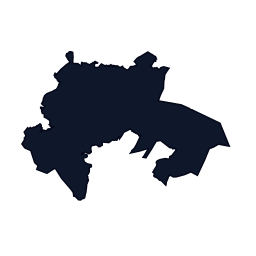 Atenango del Río, Guerrero, Mexico (Albers equal-area conic projection), rotated 8°
{"feature_id": "50627088B76307625874886", "entity_name": "Atenango del Río", "entity_type": "district", "adm_level": 2, "iso_a3": "MEX", "parent_name": "Mexico", "parent_adm1": "Guerrero", "projection": "albers", "projection_center": [-99.114, 18.136], "detail": "fine", "context": "isolated", "style": "filled", "palette": "ink", "viewbox_px": 256, "rotation_deg": 8, "n_neighbors": 0, "source": "geoboundaries", "source_scale": "gbopen_adm2", "svg_char_len": 5662}
<svg xmlns="http://www.w3.org/2000/svg" viewBox="0 0 256 256"><g transform="rotate(8 128 128)"><path d="M43.4,181.7L54.0,184.1L60.2,178.8L61.7,178.1L69.3,187.1L80.2,196.7L82.8,199.5L83.7,202.8L83.7,203.6L84.0,202.9L84.5,202.8L85.8,203.5L89.1,206.0L91.2,205.8L91.5,205.5L92.2,204.6L94.0,203.8L94.4,203.5L94.7,202.7L94.9,201.6L94.8,200.3L95.2,198.0L95.1,191.6L94.9,189.7L95.3,188.3L95.4,187.0L95.8,186.6L95.7,186.0L96.0,185.5L95.4,183.7L94.9,182.8L94.9,181.7L94.2,181.2L94.0,180.5L94.1,180.2L94.9,179.2L95.2,178.6L95.7,176.7L95.4,174.9L95.5,174.5L95.1,172.9L95.9,172.1L96.9,171.7L97.1,170.9L96.9,170.0L96.4,169.4L92.7,169.2L89.7,167.8L89.1,167.0L88.1,164.5L88.5,163.7L90.8,162.9L91.2,162.5L91.6,161.6L91.5,160.9L91.2,160.4L90.2,160.0L87.6,160.0L86.7,159.9L86.3,160.1L86.2,160.7L86.0,160.8L85.8,160.6L85.8,159.6L86.2,159.2L87.9,158.5L88.6,157.9L89.1,157.7L92.6,158.9L93.2,158.7L94.1,158.0L94.8,157.2L95.0,156.7L93.9,153.7L93.9,152.2L94.2,151.5L95.3,149.7L95.8,149.7L96.3,150.0L98.5,149.1L99.4,149.2L100.3,149.5L101.2,150.2L101.3,150.5L103.0,150.3L103.2,149.7L104.9,148.7L104.5,146.0L104.2,145.5L111.1,145.1L114.4,141.9L115.3,142.1L116.7,142.0L117.2,141.4L118.0,141.6L118.7,141.6L119.1,140.1L120.3,138.0L121.1,140.0L122.6,137.2L124.5,132.6L127.2,130.9L129.9,128.9L131.9,129.3L132.5,130.7L133.3,130.5L133.8,130.8L134.0,131.2L135.9,131.6L136.2,131.8L136.2,132.0L136.7,132.0L138.1,132.6L138.3,132.2L138.6,132.0L140.1,134.3L141.1,134.2L142.0,132.6L138.7,143.3L137.0,147.4L135.0,149.7L135.1,150.4L134.0,152.4L143.1,149.0L150.5,145.5L150.6,146.6L148.0,152.9L146.9,154.9L149.9,155.0L154.4,145.2L155.8,141.6L157.8,137.1L162.0,135.8L172.1,141.6L174.6,141.6L175.2,141.9L175.4,142.4L176.9,141.5L177.1,141.9L179.0,142.7L175.3,149.2L173.4,150.5L173.3,152.7L173.1,153.1L172.8,153.2L169.1,153.1L164.2,154.8L161.7,156.3L161.0,157.4L160.8,158.5L161.8,159.0L161.5,162.0L159.7,165.9L158.8,168.3L159.5,168.6L160.3,169.4L160.5,170.6L160.2,171.8L160.9,172.5L164.4,173.5L166.3,175.2L167.8,175.3L169.2,176.1L173.4,179.4L173.5,179.0L173.5,176.0L174.5,172.5L174.9,169.9L175.4,169.8L175.6,169.3L176.1,169.2L176.3,168.8L176.6,169.0L177.2,169.1L179.6,170.1L180.1,170.1L182.9,169.5L190.4,166.3L196.4,162.7L203.3,165.2L208.2,149.2L211.3,137.1L215.2,135.0L219.9,131.4L230.8,131.9L218.4,110.5L189.4,101.3L188.9,101.0L188.0,101.1L187.2,100.9L186.2,100.2L177.5,97.7L154.3,96.9L155.3,91.4L157.6,83.9L156.9,76.6L157.1,74.6L157.0,72.5L157.0,69.9L158.8,65.9L160.3,63.1L155.4,62.5L154.6,62.5L152.0,63.8L150.7,66.1L148.2,64.2L147.2,64.8L146.0,64.7L144.7,65.3L143.8,65.4L143.0,64.4L142.9,64.1L142.1,64.2L141.5,63.2L142.2,63.0L142.6,62.6L142.7,62.2L143.0,61.8L143.4,60.4L144.0,59.6L144.1,58.7L144.5,58.1L144.6,57.6L145.0,57.3L145.7,58.2L146.1,58.0L146.1,57.4L145.7,56.4L146.1,56.1L145.6,55.1L146.3,55.2L145.2,53.4L144.3,53.3L141.4,51.8L139.8,51.3L137.1,50.0L130.6,55.2L130.4,55.6L129.2,56.1L127.7,57.3L127.2,58.0L127.0,58.6L126.7,58.7L125.6,60.3L125.0,61.4L126.2,62.0L127.4,63.6L127.8,64.7L125.2,66.0L123.7,66.6L123.0,66.6L122.4,66.9L121.9,66.9L121.2,68.7L119.6,70.6L117.9,70.5L117.2,69.9L115.9,69.9L115.7,69.8L115.5,69.2L114.7,68.6L114.3,68.6L114.2,68.0L114.1,67.8L113.7,68.3L113.3,68.2L113.2,68.4L112.9,68.5L112.7,69.1L112.2,69.4L111.8,69.3L111.4,68.8L110.5,68.9L110.1,68.7L109.5,68.6L109.2,68.0L109.0,67.9L108.4,68.1L108.4,68.7L107.6,68.4L107.0,68.9L106.9,68.8L107.0,68.3L106.6,68.4L106.1,68.2L105.9,68.4L105.9,68.7L105.5,68.7L105.4,68.2L105.1,68.1L104.9,68.5L105.0,68.9L104.5,69.0L104.0,69.4L103.9,69.2L104.0,68.6L103.8,68.3L103.0,68.0L102.8,68.3L102.5,68.4L102.0,67.8L101.8,68.0L102.0,68.8L101.9,69.1L101.2,69.0L100.6,69.4L100.6,69.1L100.3,68.8L100.1,69.0L100.1,69.6L99.9,69.7L99.4,69.6L98.7,69.1L97.8,68.9L97.5,69.0L96.9,69.8L92.7,68.3L90.5,71.8L89.8,72.2L87.4,72.6L86.6,72.3L86.1,71.3L85.9,70.5L86.1,69.3L86.4,68.7L87.3,68.3L88.8,68.0L88.9,67.7L86.2,66.7L85.8,67.0L86.0,67.5L85.8,67.9L85.4,68.0L84.4,67.9L83.6,68.9L82.0,69.9L81.2,70.9L79.7,70.3L78.7,70.2L77.8,69.5L77.0,69.7L76.1,69.5L75.0,70.1L73.4,69.4L73.1,69.5L72.9,70.2L73.3,71.7L73.2,72.8L70.5,72.0L69.5,71.2L64.5,71.8L63.9,69.1L63.7,65.5L62.7,60.8L61.2,60.5L59.9,60.5L59.3,60.8L57.9,62.6L56.9,63.0L56.6,65.2L59.3,68.6L61.7,71.0L60.7,71.6L58.1,74.0L53.6,79.1L50.2,84.2L50.0,84.8L48.2,83.9L47.6,86.2L48.5,87.1L48.6,88.0L50.6,89.0L51.2,89.7L51.2,90.1L51.5,90.4L51.9,90.6L52.5,91.1L52.4,91.4L53.2,91.7L54.2,91.7L53.6,93.9L52.9,97.3L51.9,99.5L51.2,100.1L50.0,100.8L47.6,102.8L46.1,103.4L43.9,104.8L43.0,105.2L41.6,106.8L40.7,108.2L40.8,108.9L40.4,109.5L40.2,110.4L40.1,112.4L40.2,112.7L39.1,116.0L42.7,118.5L41.6,119.9L39.4,119.4L39.0,119.4L38.6,119.6L38.8,120.7L39.4,121.0L39.7,121.5L40.1,121.6L40.1,123.2L40.4,123.6L40.9,125.2L41.4,125.5L43.0,125.4L43.6,128.8L46.3,129.7L49.6,131.5L49.9,132.7L49.8,133.4L50.2,133.7L50.0,134.0L50.2,134.9L49.9,135.2L50.2,135.2L50.0,135.5L50.0,136.0L50.5,136.0L50.8,136.5L50.9,137.0L51.2,137.0L51.4,137.2L51.9,137.3L52.0,137.5L53.2,137.1L53.9,137.4L54.0,137.8L52.4,138.2L52.1,138.7L51.4,139.2L51.3,139.8L50.9,140.2L50.0,139.8L49.6,139.9L49.8,140.4L49.5,140.2L49.0,140.2L48.4,140.8L48.2,141.3L48.3,141.4L47.8,142.1L47.0,142.3L44.9,141.9L43.4,142.2L43.3,143.1L43.0,143.6L42.6,142.3L42.7,141.9L42.4,141.4L43.0,140.9L42.7,140.1L42.8,139.7L42.3,139.4L41.9,138.9L41.7,138.5L41.7,137.6L41.2,136.7L40.3,136.1L39.6,137.0L38.5,137.8L38.6,138.3L37.8,138.7L37.3,138.6L37.3,139.5L36.9,139.7L36.1,139.7L35.3,140.3L34.3,140.3L33.8,140.7L33.0,141.8L32.6,141.8L31.4,141.0L30.9,141.3L30.7,142.1L30.3,142.3L29.3,142.2L28.6,141.7L25.8,146.5L28.1,150.0L27.1,152.0L26.8,152.2L27.1,154.0L26.5,155.6L25.2,158.6L28.5,162.0L34.9,163.9L40.4,175.2L42.4,176.7L44.2,177.7L43.4,181.7Z" fill="#0f172a" stroke="#020617" stroke-width="1.5"/></g></svg>